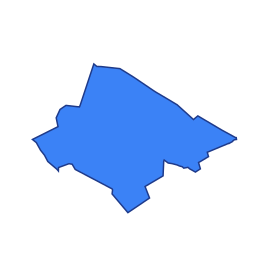 Lamadrid, Coahuila, Mexico (Mercator projection), rotated 329°
{"feature_id": "50627088B2503927833779", "entity_name": "Lamadrid", "entity_type": "district", "adm_level": 2, "iso_a3": "MEX", "parent_name": "Mexico", "parent_adm1": "Coahuila", "projection": "mercator", "projection_center": [-101.874, 27.163], "detail": "fine", "context": "isolated", "style": "filled", "palette": "blue", "viewbox_px": 256, "rotation_deg": 329, "n_neighbors": 0, "source": "geoboundaries", "source_scale": "gbopen_adm2", "svg_char_len": 1190}
<svg xmlns="http://www.w3.org/2000/svg" viewBox="0 0 256 256"><g transform="rotate(329 128 128)"><path d="M215.1,193.7L215.8,192.0L215.3,191.7L207.7,178.7L207.5,178.4L194.1,153.6L190.0,154.2L188.5,154.5L182.0,133.1L181.7,132.7L176.0,122.0L170.3,111.5L168.7,108.2L162.4,94.6L159.1,87.5L155.1,79.6L151.6,72.9L150.4,72.0L143.7,66.9L136.6,61.5L133.0,59.2L131.7,55.5L98.9,83.7L97.3,84.9L96.5,84.3L95.6,83.7L86.5,76.7L84.3,76.8L79.3,77.1L71.7,82.3L71.2,83.7L68.7,90.8L40.2,88.6L41.9,93.3L41.6,102.0L42.4,108.3L42.0,115.4L45.8,126.7L46.2,129.0L48.1,126.1L59.0,128.2L61.5,130.3L61.4,136.3L72.3,154.3L77.7,163.2L83.0,172.0L82.9,173.1L80.4,176.3L84.3,200.5L92.0,200.1L110.4,199.1L111.2,194.4L112.5,186.9L133.4,187.1L141.5,174.9L142.5,174.1L144.4,178.7L147.5,181.3L151.1,185.0L152.5,187.0L154.6,189.2L155.1,191.1L159.1,192.6L160.0,195.2L160.6,196.1L163.1,200.5L169.0,200.3L170.7,193.9L172.7,194.0L180.1,194.0L182.2,194.0L182.2,193.9L182.3,193.8L183.4,189.9L183.5,189.6L184.5,189.8L196.9,191.6L204.9,192.8L206.2,192.9L206.4,193.3L206.8,193.3L210.7,193.4L211.1,193.1L212.8,192.9L213.2,192.9L213.5,193.0L213.9,193.2L214.6,193.5L215.1,193.7Z" fill="#3b82f6" stroke="#1e3a8a" stroke-width="1.5"/></g></svg>